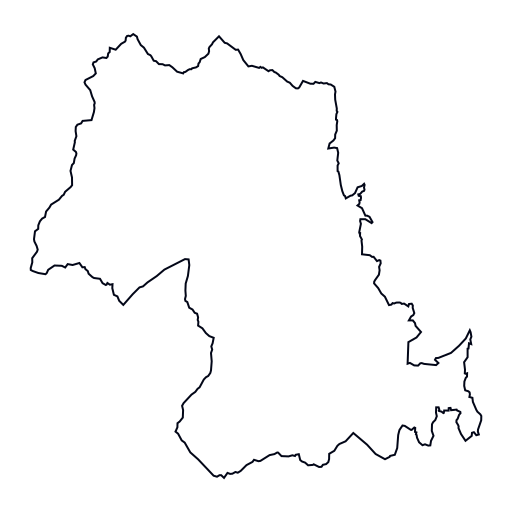 the district of Hoa Vang, Quàng Nam, Vietnam
{"feature_id": "81297802B86432819232797", "entity_name": "Hoa Vang", "entity_type": "district", "adm_level": 2, "iso_a3": "VNM", "parent_name": "Vietnam", "parent_adm1": "Quàng Nam", "projection": "equal_earth", "projection_center": [108.008, 16.067], "detail": "fine", "context": "isolated", "style": "outline", "palette": "ink", "viewbox_px": 512, "rotation_deg": 0, "n_neighbors": 0, "source": "geoboundaries", "source_scale": "gbopen_adm2", "svg_char_len": 5948}
<svg xmlns="http://www.w3.org/2000/svg" viewBox="0 0 512 512"><path d="M411.7,303.7L409.0,304.0L408.3,306.4L404.1,303.6L401.7,303.9L400.6,302.8L399.5,302.5L396.3,302.6L394.1,303.5L392.6,303.1L391.4,304.6L389.0,305.1L384.9,296.7L381.3,293.5L378.2,288.1L374.1,283.4L374.2,281.7L375.0,280.2L378.9,274.7L379.6,270.3L379.1,266.9L380.7,263.3L380.4,260.6L379.2,260.1L377.0,261.1L373.6,256.8L372.1,256.9L369.8,255.2L362.0,254.3L362.2,246.7L361.5,240.6L361.9,239.5L360.0,236.0L360.1,233.2L359.5,233.3L359.2,232.3L360.9,223.8L360.1,221.0L360.4,219.2L365.3,219.2L371.6,223.1L372.5,222.1L369.5,216.8L367.2,215.7L365.4,215.7L362.0,208.2L357.5,205.5L359.3,203.9L359.6,202.5L359.2,200.3L360.6,200.1L361.0,197.9L360.8,196.2L358.7,195.8L358.3,194.4L360.2,193.9L362.2,191.6L364.0,190.9L364.5,189.7L364.0,187.5L364.6,184.9L364.1,183.8L361.8,186.0L357.6,187.3L355.0,193.1L352.2,195.4L350.5,195.7L345.8,198.4L345.1,196.1L343.9,195.3L342.3,191.1L340.8,185.0L339.4,175.2L338.4,171.6L337.6,171.1L337.6,165.5L338.7,163.3L337.3,160.5L338.2,152.8L337.1,148.1L334.1,147.6L328.3,148.5L329.6,143.5L333.4,140.5L335.1,138.2L335.2,134.5L336.8,130.7L336.7,125.1L337.3,121.1L336.9,119.9L336.0,119.6L336.0,118.2L336.4,114.1L337.4,111.9L336.7,110.8L336.8,108.5L335.2,99.7L335.0,94.4L335.5,91.6L334.3,86.8L330.7,84.5L328.5,84.3L326.9,83.1L323.6,83.5L321.0,82.5L319.4,83.1L315.3,81.9L313.5,83.8L310.3,83.7L303.0,80.9L299.2,87.5L298.0,88.4L295.9,88.3L292.6,85.9L289.8,82.7L287.2,81.6L282.3,77.2L279.6,76.0L278.7,74.7L275.6,72.4L274.4,72.1L272.4,70.1L269.9,70.3L268.5,71.2L262.9,67.4L261.6,67.8L260.4,66.9L259.1,67.9L251.9,65.8L248.4,66.4L243.3,60.1L240.7,54.1L238.1,49.6L235.7,49.8L227.1,43.4L224.7,42.8L219.0,36.3L213.0,42.3L212.0,44.3L209.5,47.0L208.8,48.5L209.1,51.2L208.4,53.7L204.8,57.1L200.7,59.0L199.6,62.3L198.5,63.5L198.1,66.1L196.0,67.4L192.1,68.3L191.4,69.2L189.7,69.2L188.0,70.0L185.4,71.9L183.8,72.2L183.2,73.4L177.1,71.7L172.4,67.3L169.3,65.1L165.0,65.4L162.6,64.2L158.9,64.1L156.1,61.2L153.7,60.7L151.3,56.3L150.4,55.2L147.9,54.0L143.9,47.6L140.8,45.1L137.6,39.2L136.9,36.6L133.2,34.1L130.3,36.3L128.6,35.7L127.1,36.0L125.9,37.7L125.6,40.6L124.9,41.7L121.2,43.8L115.7,49.7L109.8,47.8L109.7,52.0L108.2,53.4L107.7,56.6L106.4,58.0L102.5,57.4L97.8,59.4L96.2,61.5L93.5,62.4L92.8,64.4L94.7,68.2L95.8,73.4L93.2,76.1L85.5,80.0L84.5,82.3L85.5,84.6L90.2,90.1L92.1,96.4L94.6,102.0L94.7,103.3L94.1,104.9L94.5,108.1L93.9,112.1L91.5,120.1L82.6,120.9L81.1,123.4L77.4,124.7L75.8,127.0L75.6,131.1L76.4,136.2L74.7,141.0L74.9,142.1L73.2,149.6L75.9,151.9L76.4,153.4L76.1,155.3L74.6,158.5L73.8,163.1L72.0,165.0L70.5,170.9L72.0,177.5L72.1,185.2L70.6,187.1L65.1,191.8L63.7,194.8L62.0,195.9L58.9,199.7L51.1,204.6L49.4,207.6L46.1,211.5L45.0,217.0L42.1,218.6L39.9,221.3L38.3,225.3L38.2,228.9L35.0,231.3L34.0,239.2L34.4,241.5L36.6,245.9L37.7,249.6L37.0,251.7L32.2,258.2L32.3,262.3L30.7,268.1L30.8,270.0L32.7,271.0L38.3,273.0L45.5,274.2L46.7,273.1L48.2,269.8L54.5,265.5L61.8,265.8L65.2,267.5L67.7,264.1L72.6,265.0L79.4,263.0L82.4,267.3L84.7,267.1L85.4,269.1L87.8,271.1L88.6,273.7L92.4,277.1L94.0,278.0L100.0,278.8L102.6,283.2L105.8,285.0L106.6,284.6L107.4,283.0L109.9,284.7L112.5,284.2L112.3,288.2L113.9,294.8L117.4,296.4L119.2,300.8L123.3,304.9L132.7,294.2L139.5,287.4L143.0,286.4L147.5,282.4L156.7,276.1L164.4,269.6L185.0,259.1L188.6,259.4L189.3,265.1L187.9,276.0L185.7,283.5L185.4,290.6L185.8,295.9L185.0,299.1L185.4,300.9L187.3,302.0L189.2,307.7L192.5,309.5L194.7,312.8L197.1,313.7L198.1,317.4L197.7,319.9L198.4,321.8L198.1,325.6L202.4,328.3L205.9,333.1L209.3,336.1L213.7,337.8L212.6,343.3L211.3,346.4L212.2,349.6L211.0,353.0L211.7,361.3L211.0,370.4L210.3,373.0L208.2,376.0L206.0,377.2L203.8,379.5L199.6,387.3L197.6,388.8L195.3,391.9L191.5,394.6L183.6,403.1L182.1,405.8L183.1,410.1L182.8,417.6L179.7,421.5L177.5,423.2L177.4,427.3L175.5,431.6L178.1,433.7L181.7,440.4L184.7,442.6L190.3,452.4L198.1,459.3L213.6,475.7L217.0,476.7L219.5,475.2L221.2,475.2L224.0,477.9L227.5,472.9L230.1,473.9L232.4,473.7L235.4,472.0L237.8,472.7L240.7,470.9L246.5,465.1L252.5,461.9L254.0,459.8L258.5,461.2L260.4,460.9L269.6,455.1L274.4,454.1L277.2,452.5L278.1,452.6L281.5,456.1L288.5,456.4L292.4,455.3L295.0,456.0L295.7,454.8L298.8,454.2L300.2,460.0L302.0,461.5L305.1,462.6L308.1,465.3L312.9,464.9L313.7,464.3L319.1,467.0L321.5,466.8L322.9,464.8L326.1,464.1L328.3,462.1L329.1,459.1L329.2,453.8L334.3,450.8L337.4,445.8L339.4,444.0L345.6,441.3L353.3,433.0L367.1,444.7L375.6,454.0L385.0,459.2L389.6,456.9L390.1,455.9L394.8,454.8L397.2,448.1L398.2,435.0L399.0,431.7L399.5,429.9L402.5,425.5L404.8,425.9L410.9,429.9L411.6,429.9L414.3,427.5L415.2,427.9L415.0,431.9L416.4,432.4L415.9,434.3L416.6,435.0L417.0,437.6L419.1,442.3L422.5,445.2L425.0,444.3L428.3,445.6L430.3,445.4L431.0,440.9L433.5,435.8L431.8,430.9L432.0,424.3L433.0,422.3L435.3,420.0L436.8,416.2L436.0,412.7L436.2,407.3L438.6,407.3L439.3,409.5L438.8,410.7L439.0,411.0L441.5,411.6L443.4,413.1L443.8,412.9L444.2,410.5L448.6,410.6L448.7,408.1L449.1,408.0L450.5,407.9L451.1,410.2L456.6,409.6L457.0,410.4L460.3,411.9L460.5,413.2L459.1,414.8L457.7,418.7L456.5,420.2L456.4,422.2L458.1,425.0L458.6,426.3L458.5,428.1L461.0,434.0L465.5,440.8L471.7,435.9L472.0,432.8L473.9,432.2L476.3,435.2L478.8,434.5L477.9,431.7L478.0,429.6L481.2,420.3L481.3,416.0L480.4,414.4L477.4,411.7L476.3,409.8L472.9,401.9L472.4,397.8L469.4,397.0L469.9,394.4L469.6,392.4L468.4,391.3L465.2,390.3L464.2,385.9L464.4,381.5L465.8,377.8L467.0,376.6L467.1,373.3L465.7,373.8L464.8,373.4L465.0,369.7L464.1,362.2L467.6,357.2L467.6,348.7L468.5,348.5L469.0,343.3L471.2,344.1L470.3,339.4L471.4,336.7L470.6,332.2L469.8,330.3L465.8,338.5L459.0,345.8L451.0,352.9L438.4,357.9L435.9,358.1L435.0,359.8L438.4,363.0L436.1,365.1L424.1,363.9L421.7,363.1L420.3,363.3L418.1,365.6L414.2,365.4L409.9,362.9L407.6,363.7L408.4,342.1L416.5,337.5L421.0,332.0L415.6,325.9L415.0,323.1L412.8,320.4L408.9,320.4L411.1,316.5L413.3,315.1L414.3,313.1L412.7,307.9L412.8,305.5L411.7,303.7Z" fill="none" stroke="#020617" stroke-width="2"/></svg>